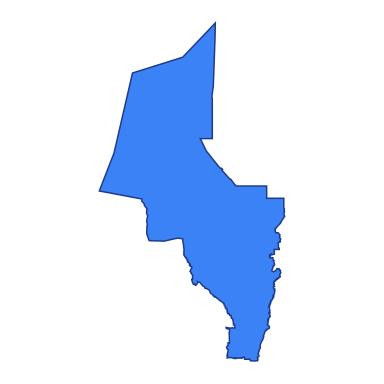 outline of Cruz del Eje, Córdoba, Argentina
{"feature_id": "61730980B83091517859764", "entity_name": "Cruz del Eje", "entity_type": "district", "adm_level": 2, "iso_a3": "ARG", "parent_name": "Argentina", "parent_adm1": "Córdoba", "projection": "mercator", "projection_center": [-64.875, -30.658], "detail": "fine", "context": "isolated", "style": "filled", "palette": "blue", "viewbox_px": 384, "rotation_deg": 0, "n_neighbors": 0, "source": "geoboundaries", "source_scale": "gbopen_adm2", "svg_char_len": 6075}
<svg xmlns="http://www.w3.org/2000/svg" viewBox="0 0 384 384"><path d="M132.5,73.0L114.0,153.1L99.3,191.0L141.9,199.0L141.9,201.4L144.3,203.8L144.3,205.2L146.9,208.8L146.5,213.1L147.7,216.0L147.0,218.9L146.6,221.8L147.2,222.9L147.2,225.3L146.9,226.2L146.9,228.3L146.7,232.7L147.0,234.6L149.2,240.7L164.4,241.1L172.9,239.1L178.0,238.1L182.7,238.9L182.9,239.7L182.7,241.1L183.4,243.9L183.7,247.2L184.0,249.0L184.0,250.6L183.8,252.2L184.0,253.6L183.8,254.9L184.2,255.3L184.6,256.3L185.3,257.0L185.7,257.8L185.9,257.9L186.3,257.7L186.5,257.8L186.4,258.8L186.5,259.0L187.1,259.9L187.7,260.2L187.9,260.5L187.9,260.9L187.4,261.2L187.5,261.9L189.1,262.8L189.4,264.0L190.0,264.1L190.4,264.4L190.2,264.9L189.5,265.3L190.4,266.3L191.6,266.7L191.9,267.2L191.8,267.8L191.0,269.1L190.6,270.2L190.0,271.4L190.7,272.2L191.2,272.6L191.4,273.2L191.3,273.7L192.5,275.1L192.7,275.6L192.5,276.5L192.5,277.6L192.6,278.2L192.9,278.7L192.3,279.4L191.8,279.3L191.7,279.8L192.6,282.7L192.9,282.9L193.1,283.8L193.6,284.4L194.1,284.4L194.6,284.0L194.9,284.0L195.3,285.2L195.5,285.4L196.9,284.3L197.8,282.3L197.6,281.8L198.3,282.2L199.7,282.2L202.9,286.1L203.9,286.4L204.4,286.8L204.7,287.3L204.9,288.2L206.3,288.5L207.5,289.0L209.1,290.1L209.5,290.6L209.9,291.4L209.9,291.9L210.5,293.1L212.8,294.8L213.1,295.6L213.4,295.5L213.5,295.9L213.8,295.9L214.1,296.4L214.6,296.6L214.8,297.1L215.5,296.7L215.7,297.1L216.9,298.0L217.2,298.5L217.8,298.8L219.1,299.9L219.7,300.2L219.8,300.5L220.4,301.0L222.3,302.0L222.8,302.8L223.3,303.0L223.7,303.7L224.0,303.6L224.1,304.3L224.3,304.9L224.3,305.2L224.5,305.2L225.2,306.3L225.2,307.6L225.9,307.7L226.1,309.0L226.8,309.0L226.8,309.3L227.1,309.5L227.1,310.2L227.4,310.6L227.1,311.7L227.3,312.2L227.6,312.2L227.7,312.4L227.5,313.0L227.6,313.5L228.3,313.5L228.5,313.7L229.2,313.8L229.6,314.8L229.4,314.9L229.5,315.2L231.2,315.5L231.1,316.2L231.4,318.2L231.5,318.4L232.4,318.5L232.6,318.8L233.1,320.9L233.4,323.4L233.6,323.4L233.7,323.5L233.5,324.8L233.9,324.7L234.6,325.0L234.6,325.4L234.9,325.7L234.8,327.0L234.8,328.0L232.5,327.9L229.5,328.1L226.1,327.4L226.3,328.5L229.5,329.2L229.4,332.7L229.2,332.7L229.5,342.9L229.4,343.1L228.9,343.3L228.3,342.8L227.9,342.9L228.3,343.8L227.9,344.9L228.0,345.7L227.3,346.1L226.9,346.7L226.5,347.1L227.0,348.7L228.3,350.1L227.1,355.1L227.7,355.2L227.6,355.9L227.2,356.0L227.2,356.9L227.4,356.9L227.4,357.1L227.2,357.9L228.7,357.5L229.7,357.7L231.8,357.5L232.1,357.9L233.3,358.1L233.5,358.4L234.5,358.3L235.2,358.6L235.4,358.1L235.4,357.8L235.9,358.1L236.9,358.1L237.0,358.3L237.3,358.1L238.1,358.0L238.9,358.2L239.4,357.9L239.8,358.0L240.4,357.7L240.8,357.8L241.3,358.3L241.7,358.3L242.0,358.2L242.1,357.6L242.4,357.4L244.5,357.3L244.5,359.2L250.1,359.3L250.3,360.7L254.9,361.0L256.3,360.7L257.4,360.8L257.8,360.2L257.9,359.2L257.7,358.9L257.7,358.1L257.4,358.0L257.3,357.7L257.5,357.2L258.8,356.5L258.9,355.7L258.9,355.2L258.1,354.5L258.1,353.9L258.4,353.3L258.7,352.0L258.7,351.5L259.0,351.3L259.2,350.1L260.3,347.8L260.4,346.9L260.1,345.6L260.1,345.1L262.0,340.5L262.2,340.4L262.1,340.1L262.3,339.8L262.6,339.8L263.7,336.7L263.3,336.4L265.4,330.6L266.2,330.6L266.4,329.7L267.0,329.7L267.3,329.0L267.9,329.0L269.4,328.1L269.4,326.7L268.2,325.2L267.3,324.6L268.1,322.9L268.1,321.2L267.9,321.0L268.2,320.9L268.4,320.4L268.1,320.2L267.8,320.2L268.0,319.5L268.4,319.3L268.2,319.1L268.3,318.8L268.0,318.7L268.4,318.1L268.7,318.1L268.9,317.8L269.4,317.7L269.6,317.0L270.1,316.7L270.2,316.2L269.8,315.9L269.9,315.5L269.4,314.6L269.8,314.4L269.8,313.6L268.8,312.8L268.9,312.6L269.3,312.9L269.9,312.6L269.7,312.3L269.7,311.8L269.9,311.5L269.9,310.7L269.8,310.1L269.5,309.7L269.4,308.2L269.0,307.6L269.3,307.2L268.9,307.0L268.7,306.2L268.8,305.9L269.7,305.9L269.5,304.3L269.8,303.9L270.1,304.4L270.4,304.1L270.2,303.3L270.7,302.9L270.5,302.1L270.9,302.0L271.1,301.6L270.9,300.5L272.2,299.8L272.0,299.4L272.4,298.9L273.0,298.1L273.0,297.8L272.8,297.5L272.9,297.2L273.2,297.1L273.6,297.2L273.7,296.4L273.0,295.7L273.4,295.2L273.9,295.0L273.8,294.5L274.1,294.2L274.5,293.1L274.7,291.0L274.9,290.5L274.9,290.3L274.3,289.9L274.8,289.4L274.7,288.9L274.2,288.5L273.8,288.4L273.7,288.0L273.4,287.7L273.8,286.5L274.5,286.2L273.9,285.7L273.9,285.0L274.4,284.3L274.3,284.2L273.8,284.1L274.1,283.6L274.1,283.1L273.7,282.5L274.3,281.9L274.1,281.5L274.6,281.2L274.7,280.6L275.4,280.8L275.8,280.5L275.9,279.8L276.2,279.8L276.5,279.6L276.3,279.3L276.4,279.1L276.9,279.1L277.3,279.3L277.5,279.2L277.4,278.1L278.6,278.3L278.7,277.6L279.7,277.2L280.3,276.7L280.2,276.3L279.7,275.9L279.9,275.3L279.6,274.6L280.8,272.8L280.7,272.6L280.7,272.3L280.2,271.6L280.2,271.2L280.5,270.6L279.7,270.1L279.6,269.5L279.3,269.0L278.9,269.1L278.5,268.8L278.1,268.9L277.9,268.6L277.5,268.8L276.9,268.7L276.6,269.2L276.5,269.8L275.7,270.5L275.4,270.8L274.5,271.1L274.3,271.4L273.2,271.7L272.4,271.3L271.8,270.6L271.7,270.2L272.6,268.8L272.7,268.0L272.9,267.6L273.1,266.1L274.1,265.7L274.5,264.4L274.3,263.2L273.6,261.4L274.0,260.5L273.4,260.3L273.3,260.1L272.9,259.0L272.9,257.7L270.7,257.9L270.2,257.8L270.2,257.5L269.6,256.9L269.7,256.6L270.2,256.4L270.4,256.0L270.3,255.8L269.6,255.9L269.5,255.5L269.9,254.5L271.2,254.0L271.4,254.3L271.4,254.9L274.3,254.2L274.3,249.4L279.3,249.5L279.3,248.3L278.9,248.2L278.5,247.8L278.2,242.6L279.2,242.4L279.3,242.0L279.9,241.7L280.1,241.9L280.4,241.8L280.5,241.5L280.0,240.6L280.7,238.9L279.5,237.6L279.9,236.8L279.5,236.0L279.9,234.9L279.8,234.6L279.0,234.2L278.7,233.2L278.1,232.8L277.3,232.7L276.7,232.7L276.5,232.9L276.1,232.8L275.0,230.9L275.5,229.5L275.0,228.9L275.6,228.5L275.7,228.2L276.6,227.5L277.0,226.9L277.8,226.1L278.1,225.5L279.6,224.2L279.8,223.7L280.1,223.6L280.6,222.9L281.5,221.1L284.7,216.2L283.8,214.3L284.1,213.4L284.5,211.2L284.1,210.8L284.4,209.0L284.2,208.6L283.8,208.3L283.8,198.3L266.7,198.3L266.6,186.0L236.3,186.0L234.0,183.7L231.0,179.5L230.7,179.2L229.4,178.6L221.8,170.1L222.6,169.4L221.5,168.2L220.2,168.2L218.2,165.9L206.3,151.0L200.3,138.6L212.3,138.6L212.3,100.2L212.2,97.6L211.9,96.4L213.3,86.2L215.0,38.9L215.3,23.0L182.7,57.2L132.5,73.0Z" fill="#3b82f6" stroke="#1e3a8a" stroke-width="1.5"/></svg>